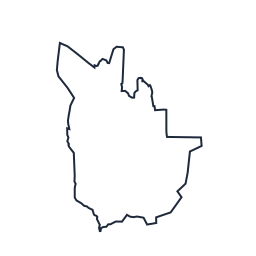 Chanchaga, Niger, Nigeria, rotated 346°
{"feature_id": "59680162B49614598703533", "entity_name": "Chanchaga", "entity_type": "district", "adm_level": 2, "iso_a3": "NGA", "parent_name": "Nigeria", "parent_adm1": "Niger", "projection": "equal_earth", "projection_center": [6.539, 9.614], "detail": "fine", "context": "isolated", "style": "outline", "palette": "slate", "viewbox_px": 256, "rotation_deg": 346, "n_neighbors": 0, "source": "geoboundaries", "source_scale": "gbopen_adm2", "svg_char_len": 1905}
<svg xmlns="http://www.w3.org/2000/svg" viewBox="0 0 256 256"><g transform="rotate(346 128 128)"><path d="M160.6,201.4L164.8,199.1L170.4,195.9L175.2,185.5L176.3,182.4L182.4,165.8L195.1,163.2L196.5,154.8L163.7,146.1L163.9,143.7L164.5,140.2L169.6,119.6L167.2,118.8L162.9,118.0L158.6,117.3L159.0,113.2L157.9,112.9L158.6,104.2L158.6,103.5L158.4,103.2L159.0,101.7L160.0,99.9L160.2,98.8L160.3,97.2L160.0,92.9L159.6,91.7L159.1,91.9L158.1,92.4L157.9,91.5L157.6,90.7L154.7,86.5L153.4,86.1L153.6,85.8L153.5,85.3L154.0,85.2L153.8,83.6L153.6,83.0L153.0,82.8L152.5,82.7L152.4,82.4L150.3,82.2L148.7,83.8L146.5,93.7L144.2,94.4L142.6,95.7L141.3,100.0L139.2,99.5L136.8,97.1L136.4,94.3L134.2,91.3L132.3,90.9L130.8,90.6L131.8,87.9L132.1,86.9L132.1,85.7L132.1,83.7L133.2,83.4L133.8,82.1L135.3,77.1L143.0,51.0L142.5,48.4L140.0,47.6L136.6,46.4L132.9,48.1L125.4,60.5L124.0,60.0L123.3,57.1L120.0,54.8L117.6,56.3L116.7,56.5L115.9,57.4L115.4,58.1L115.2,58.2L114.8,58.6L114.8,58.9L114.5,59.1L114.4,59.4L114.0,59.9L113.8,59.8L113.1,60.2L112.5,60.3L110.8,59.1L110.1,61.2L105.8,55.9L97.6,45.0L89.1,34.1L84.5,30.6L82.5,29.0L76.0,45.9L73.0,54.6L73.0,61.0L79.1,74.5L83.0,85.8L77.6,92.2L77.3,92.9L75.4,97.4L73.8,100.8L71.7,105.9L71.4,106.9L71.0,109.6L70.8,114.8L68.9,113.6L67.4,120.1L67.9,122.8L67.0,124.3L65.9,126.3L66.8,129.3L66.0,130.2L66.3,131.6L66.5,132.5L67.8,135.5L69.4,139.0L64.7,161.6L64.5,162.3L63.1,166.9L63.7,169.6L63.1,170.6L61.8,173.3L59.5,182.6L60.5,185.9L64.3,189.5L66.8,193.1L69.0,194.0L70.6,196.2L73.8,198.8L73.9,202.4L74.2,204.2L76.2,205.7L76.7,207.0L76.0,208.0L75.9,209.1L77.2,215.2L75.8,217.8L75.7,221.2L76.4,221.3L77.6,218.6L80.2,218.1L83.1,218.6L85.5,216.7L87.9,217.2L89.4,216.7L93.6,215.8L99.5,217.4L103.4,214.2L106.0,212.0L107.2,213.2L108.5,214.5L111.7,215.8L115.4,216.1L121.4,218.8L123.2,226.3L132.4,227.0L133.7,221.5L149.0,220.2L163.2,208.1L160.6,201.4Z" fill="none" stroke="#1e293b" stroke-width="2"/></g></svg>